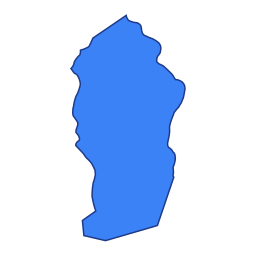 the district of Obrier, Laborie, Saint Lucia
{"feature_id": "8701671B40447391578275", "entity_name": "Obrier", "entity_type": "district", "adm_level": 2, "iso_a3": "LCA", "parent_name": "Saint Lucia", "parent_adm1": "Laborie", "projection": "natural_earth1", "projection_center": [-60.973, 13.769], "detail": "fine", "context": "isolated", "style": "filled", "palette": "blue", "viewbox_px": 256, "rotation_deg": 0, "n_neighbors": 0, "source": "geoboundaries", "source_scale": "gbopen_adm2", "svg_char_len": 2829}
<svg xmlns="http://www.w3.org/2000/svg" viewBox="0 0 256 256"><path d="M82.4,220.5L83.9,235.6L105.5,240.6L110.4,239.2L157.4,225.5L173.8,177.1L173.3,176.4L173.0,175.6L173.1,174.9L173.3,174.1L173.5,172.9L173.4,171.7L173.4,170.8L173.3,169.9L173.3,169.2L173.2,168.5L173.1,167.7L173.2,167.1L173.4,166.3L173.7,165.6L174.0,164.9L174.4,163.7L174.7,162.5L174.8,161.8L175.0,161.0L175.2,160.1L175.3,159.3L175.3,158.9L175.3,157.9L175.2,157.2L175.1,156.7L175.1,155.9L175.0,155.1L174.8,154.5L174.5,153.7L174.4,153.4L173.9,152.8L173.3,152.2L172.8,151.7L172.3,150.8L172.0,150.2L171.3,149.5L170.5,148.7L169.9,148.2L169.2,147.8L168.9,147.6L168.3,146.9L167.9,146.2L167.8,145.6L167.6,144.7L167.5,144.1L167.6,143.2L167.7,142.6L167.9,141.4L168.1,140.7L168.3,139.5L168.6,138.4L168.9,136.9L169.0,136.2L169.1,135.3L169.4,133.9L169.5,132.5L169.6,131.6L169.6,130.5L169.6,129.4L169.5,128.4L169.5,127.5L169.7,125.9L169.8,125.4L170.2,123.8L170.6,122.2L171.7,119.0L173.5,114.4L173.6,114.0L174.0,113.0L174.3,112.4L174.6,111.9L174.9,111.5L175.3,111.0L175.8,110.4L176.2,109.9L176.8,109.1L177.5,108.4L177.8,108.0L178.7,107.1L179.7,105.2L181.2,102.9L182.5,99.7L183.3,97.9L184.0,94.6L185.0,89.0L184.7,86.0L183.9,84.1L182.2,82.0L181.2,81.4L179.8,80.6L177.2,79.7L175.6,79.6L174.5,78.2L172.9,75.5L171.9,74.1L166.8,69.1L164.6,67.1L163.2,65.9L161.3,64.9L158.9,63.8L156.7,61.8L156.8,58.6L157.4,56.7L158.4,55.3L159.5,53.9L160.1,52.8L160.7,50.0L160.8,47.9L160.6,46.0L159.8,44.3L158.5,42.6L155.8,40.6L153.2,39.1L152.3,38.6L151.1,38.3L150.2,37.8L149.1,37.5L146.1,36.1L144.2,35.3L143.1,34.2L142.4,33.1L141.6,30.4L141.6,29.8L141.2,27.2L140.8,25.7L139.9,24.5L138.3,23.3L137.1,22.8L136.6,22.7L134.9,22.5L133.2,22.2L132.1,21.8L130.7,21.4L129.0,20.6L128.1,19.9L127.6,19.1L126.5,17.0L126.2,15.4L92.9,38.1L92.2,39.8L91.6,41.0L90.9,42.6L90.1,44.2L89.4,45.7L88.9,46.5L88.3,47.0L87.3,47.5L86.2,48.1L84.6,48.8L83.0,49.4L81.8,49.8L81.3,49.9L80.5,49.9L80.4,49.7L80.5,51.5L80.3,53.2L80.1,54.4L79.7,55.0L79.1,55.6L77.9,56.7L76.6,58.3L75.1,60.4L74.4,61.7L74.1,62.8L73.7,64.4L73.2,65.5L72.8,66.4L72.0,67.3L71.5,68.1L71.2,68.4L71.0,68.5L71.6,69.5L72.4,70.5L73.2,71.7L74.4,73.2L75.0,73.5L76.1,74.0L76.5,74.3L77.0,74.9L77.7,75.9L78.2,76.9L78.7,77.8L79.2,79.0L79.7,80.7L80.0,81.4L80.2,83.1L80.3,84.5L80.0,86.0L79.6,87.5L79.3,88.5L78.7,90.3L78.2,91.7L77.7,93.0L77.1,94.2L76.4,95.5L76.0,96.3L75.8,96.9L75.4,97.9L75.1,99.0L74.5,101.2L74.1,102.9L73.9,104.1L73.5,106.4L73.5,106.9L73.0,108.1L72.7,113.1L73.2,115.8L76.2,120.0L77.7,122.4L77.8,124.8L76.7,128.2L76.0,130.3L76.0,132.4L78.5,135.6L79.6,138.8L79.2,140.3L76.9,142.2L75.8,144.3L75.9,145.7L78.1,148.0L81.7,151.8L83.2,153.4L85.9,157.3L89.5,160.8L91.6,163.4L93.6,167.1L95.0,170.2L95.4,174.8L94.2,180.0L93.3,182.4L92.5,187.7L92.1,193.1L92.1,196.7L93.6,203.9L94.6,207.4L95.8,211.0L82.4,220.5Z" fill="#3b82f6" stroke="#1e3a8a" stroke-width="1.5"/></svg>